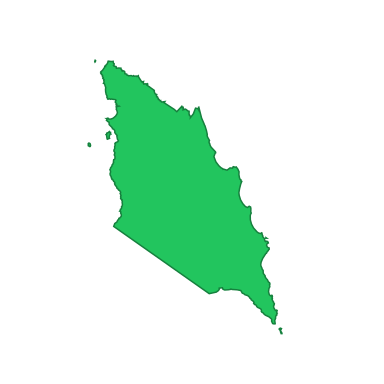 outline of Mulegé, Baja California Sur, Mexico, rotated 215°
{"feature_id": "50627088B42796639886072", "entity_name": "Mulegé", "entity_type": "district", "adm_level": 2, "iso_a3": "MEX", "parent_name": "Mexico", "parent_adm1": "Baja California Sur", "projection": "orthographic", "projection_center": [-113.158, 27.203], "detail": "fine", "context": "isolated", "style": "filled", "palette": "green", "viewbox_px": 384, "rotation_deg": 215, "n_neighbors": 0, "source": "geoboundaries", "source_scale": "gbopen_adm2", "svg_char_len": 6064}
<svg xmlns="http://www.w3.org/2000/svg" viewBox="0 0 384 384"><g transform="rotate(215 192 192)"><path d="M119.6,118.6L114.7,123.9L113.9,126.1L113.8,127.1L113.9,128.0L114.6,128.8L112.2,131.0L110.9,130.1L109.0,130.5L106.0,132.9L104.7,134.2L104.5,134.8L103.2,135.2L98.9,137.8L95.5,139.3L92.8,138.0L91.3,138.4L89.8,138.2L86.9,139.1L84.6,138.8L83.9,138.3L82.4,138.3L81.8,137.7L78.8,137.6L77.7,136.9L77.7,136.2L76.2,135.7L75.7,136.1L74.2,136.0L73.5,135.4L72.2,135.1L69.5,135.6L68.0,135.5L67.0,134.6L66.8,134.0L65.8,133.6L64.5,133.8L62.9,133.3L61.2,133.2L57.4,133.9L54.4,133.6L53.6,133.3L52.7,131.8L50.5,130.5L49.1,131.0L48.3,131.8L50.6,134.3L51.1,136.6L51.8,137.4L52.3,138.9L52.0,139.9L52.3,139.9L52.8,140.9L52.7,141.6L53.3,141.7L53.7,142.1L54.3,143.8L54.9,143.8L55.0,143.1L55.6,142.8L58.5,144.0L59.8,145.4L60.0,146.1L59.9,146.7L60.2,146.9L60.4,147.7L61.9,148.3L62.2,148.7L62.6,148.7L65.1,150.2L65.0,150.8L65.8,151.3L66.0,152.3L67.0,153.2L67.3,153.2L67.2,152.5L67.6,152.1L69.2,152.1L70.0,152.4L72.1,154.2L73.6,157.0L73.9,159.0L75.2,160.4L75.3,161.1L75.7,161.1L75.9,161.9L76.6,162.2L77.7,162.1L80.0,163.4L81.4,163.6L83.5,164.5L83.8,165.1L84.2,165.1L84.4,165.4L86.9,166.2L88.9,168.7L89.9,168.8L91.4,170.0L92.9,170.8L94.0,171.9L95.1,174.1L96.0,178.1L96.2,182.8L96.2,184.3L95.9,184.6L96.2,186.4L95.9,187.6L96.1,188.7L95.9,189.3L96.7,190.4L98.5,190.0L100.2,191.0L100.8,192.4L100.8,193.0L100.2,194.0L100.5,194.3L101.0,194.6L101.3,194.4L101.8,194.8L103.2,194.2L103.3,193.6L104.3,193.8L106.1,195.4L108.5,196.0L109.0,196.8L110.0,197.3L111.3,198.6L111.4,199.1L111.8,197.5L113.8,196.6L115.8,196.6L120.9,197.8L124.8,199.8L128.2,202.6L130.7,206.0L131.3,207.6L131.4,208.7L132.5,209.5L134.2,212.1L135.4,213.3L137.0,213.1L137.7,211.1L140.0,210.7L143.8,211.6L147.7,213.4L151.3,216.2L153.2,218.3L155.0,222.1L156.7,226.6L157.3,229.2L158.0,229.0L158.8,230.0L159.7,229.9L161.3,230.9L163.6,233.2L165.1,235.6L167.7,237.1L170.2,237.9L170.7,237.1L172.6,236.5L172.8,235.9L172.5,235.6L172.5,234.8L174.7,233.5L175.8,230.0L179.1,228.9L179.5,228.4L180.1,228.7L182.1,228.5L185.1,228.9L189.7,230.4L194.3,233.5L195.4,237.3L195.1,237.6L195.4,238.1L195.9,238.4L202.1,239.7L203.9,240.6L205.4,241.9L206.2,242.1L207.2,243.6L207.2,244.2L210.7,245.9L212.1,247.0L212.5,247.9L215.3,250.5L219.4,253.7L220.6,254.2L220.8,254.5L226.6,258.1L235.1,265.4L235.2,265.2L234.8,264.8L232.5,262.9L232.5,262.5L234.9,263.7L237.2,262.7L235.7,256.7L236.0,252.2L236.6,253.3L238.0,253.2L238.5,253.9L239.0,254.0L240.7,256.5L241.5,256.1L244.8,256.2L245.4,255.8L245.7,255.0L246.5,254.2L246.7,255.0L247.5,256.0L248.0,256.3L248.1,256.0L247.6,255.7L248.5,255.4L248.7,256.0L249.5,256.4L250.5,249.1L253.9,249.5L266.1,249.1L266.1,250.5L268.4,248.3L269.8,248.5L270.1,248.9L270.5,248.4L271.8,248.8L272.6,248.5L273.0,249.2L273.6,249.2L274.4,250.0L275.0,250.1L275.6,249.7L276.5,250.8L277.1,251.0L277.0,251.6L278.0,251.3L279.0,251.5L281.1,253.1L281.2,253.6L290.1,253.7L290.1,255.0L290.8,255.1L291.2,254.2L291.8,254.2L293.5,252.8L294.1,253.4L294.8,253.4L295.1,254.7L296.4,253.4L301.8,255.6L302.7,256.5L303.4,255.0L304.1,255.1L305.6,253.8L306.6,253.8L306.8,252.9L308.6,252.5L310.6,250.8L311.2,250.9L312.1,250.4L313.0,251.1L314.9,250.4L315.8,251.7L316.5,252.1L317.7,251.9L318.2,251.2L318.8,251.1L318.8,251.6L320.4,251.8L321.2,252.7L323.2,251.5L324.9,250.0L326.1,251.2L328.0,250.4L328.7,250.6L328.5,250.9L329.3,252.4L330.1,252.4L331.3,253.4L331.5,253.8L333.1,252.5L335.5,251.3L335.8,250.9L335.3,250.2L335.0,248.1L335.5,245.2L335.2,245.1L335.5,244.9L335.1,243.8L335.1,240.3L335.6,238.3L335.6,237.8L334.8,237.6L334.7,236.9L334.2,237.0L333.9,236.5L332.9,236.5L332.6,236.1L331.8,235.9L331.5,235.1L330.2,234.7L330.2,233.9L328.5,233.6L328.3,232.8L327.8,232.5L326.8,231.0L326.9,230.3L325.7,230.4L322.4,227.9L321.9,226.7L320.1,224.4L319.2,223.7L318.7,223.0L316.5,221.8L316.2,220.9L315.7,220.5L315.2,220.6L314.5,219.8L314.0,219.8L313.2,221.0L312.1,221.1L311.5,221.8L307.5,223.8L306.7,223.4L306.6,222.0L306.4,221.6L304.5,221.0L303.6,220.4L303.2,219.6L301.7,219.9L301.0,220.6L300.9,220.6L301.8,219.7L303.0,219.2L303.0,219.4L303.4,219.4L303.0,219.1L303.0,218.2L302.4,218.2L301.4,216.2L300.4,215.8L298.7,214.3L298.2,212.9L298.1,210.4L298.9,207.3L300.2,205.3L301.8,204.0L302.7,204.4L303.7,203.9L303.6,203.3L303.9,203.1L303.6,203.1L303.1,202.6L303.2,201.7L301.3,201.4L300.0,201.6L298.5,199.7L294.1,198.9L293.5,198.2L292.0,198.5L290.7,198.0L290.1,197.6L289.4,196.5L288.4,196.0L285.7,195.3L285.6,194.7L283.4,192.5L281.8,191.8L281.6,190.8L283.0,188.4L282.6,187.9L282.9,187.4L281.8,186.2L281.4,184.8L280.3,183.4L280.0,181.6L279.4,180.7L277.7,180.0L277.4,179.3L277.8,179.5L277.2,178.9L277.0,177.8L275.6,177.1L274.3,175.2L274.2,174.3L274.7,173.6L274.0,172.1L273.1,171.2L273.1,170.6L273.5,170.8L272.8,169.8L273.0,168.3L272.5,167.4L272.5,164.9L272.2,164.5L272.0,163.1L271.5,163.0L270.2,161.8L269.6,159.9L268.6,158.9L267.0,158.2L266.1,157.2L265.3,157.1L264.8,156.4L263.3,156.5L262.4,155.8L260.8,155.6L260.2,154.9L260.2,154.4L259.2,153.7L256.6,152.9L255.7,152.1L254.7,152.1L253.2,151.5L252.2,151.7L250.4,151.0L250.0,150.4L250.1,149.7L248.1,148.4L248.1,147.6L247.2,146.9L247.0,146.0L246.4,145.5L245.0,145.6L244.8,145.0L243.8,144.5L243.4,143.6L241.7,141.7L241.2,140.5L241.3,139.5L240.5,138.6L240.4,137.4L240.7,136.8L240.1,135.5L240.2,134.9L239.5,135.1L238.9,134.8L238.3,133.8L237.0,133.0L236.0,131.6L236.3,129.0L236.7,128.8L236.8,128.4L236.4,127.7L236.7,126.2L236.3,124.4L237.2,121.9L236.4,118.9L119.6,118.6ZM294.5,189.4L291.9,186.7L291.6,186.7L290.3,188.7L291.2,189.3L291.9,190.7L292.3,192.8L292.1,192.9L292.4,193.0L292.3,193.4L293.0,194.2L293.9,193.6L294.4,194.0L294.8,192.5L295.6,191.3L295.0,190.5L295.4,189.8L294.5,189.4ZM303.5,170.4L301.7,170.6L301.5,171.0L301.7,171.8L302.9,173.0L303.8,173.2L304.6,172.9L304.8,172.2L303.5,170.4ZM39.3,128.2L37.7,127.1L37.1,127.6L37.7,128.2L39.7,129.0L40.4,130.1L40.2,130.5L40.6,130.8L40.5,131.4L41.5,131.2L42.1,130.2L41.9,129.6L40.1,129.1L39.3,128.2ZM346.0,242.8L345.9,243.3L346.4,244.4L346.9,244.4L346.6,243.2L346.0,242.8ZM105.3,197.0L105.0,196.5L104.3,197.0L105.3,197.0Z" fill="#22c55e" stroke="#15803d" stroke-width="1.5"/></g></svg>